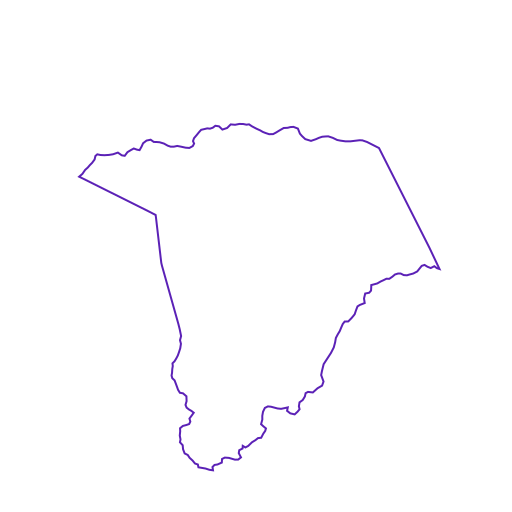 the district of Hidrolândia, Ceará, Brazil, rotated 60°
{"feature_id": "56859067B78038881550930", "entity_name": "Hidrolândia", "entity_type": "district", "adm_level": 2, "iso_a3": "BRA", "parent_name": "Brazil", "parent_adm1": "Ceará", "projection": "mercator", "projection_center": [-40.387, -4.435], "detail": "fine", "context": "isolated", "style": "outline", "palette": "violet", "viewbox_px": 512, "rotation_deg": 60, "n_neighbors": 0, "source": "geoboundaries", "source_scale": "gbopen_adm2", "svg_char_len": 3126}
<svg xmlns="http://www.w3.org/2000/svg" viewBox="0 0 512 512"><g transform="rotate(60 256 256)"><path d="M404.5,291.5L404.1,287.6L402.1,283.9L399.6,281.6L399.7,278.9L402.6,275.0L401.3,268.8L401.3,263.6L398.5,260.3L391.7,259.1L388.6,256.4L383.5,251.5L377.4,239.5L374.1,234.4L370.4,230.7L366.9,227.8L364.7,224.3L362.9,221.0L360.9,218.4L358.3,214.9L357.1,212.0L358.8,208.8L357.4,203.9L355.8,199.7L353.0,196.5L350.4,193.3L350.3,190.5L351.1,185.4L346.8,183.7L343.1,180.2L344.4,176.4L343.5,173.7L341.1,172.1L338.8,170.7L339.6,167.8L340.4,164.7L340.4,160.8L340.7,157.7L340.9,154.4L342.4,152.0L342.1,148.2L341.5,144.9L342.2,141.8L343.5,139.5L346.4,137.6L348.2,134.9L348.8,132.3L349.8,128.6L350.0,124.1L348.7,120.8L347.4,117.4L348.0,114.5L351.0,112.9L353.8,110.7L354.0,106.7L357.0,105.4L359.0,103.6L335.7,101.7L224.0,95.5L212.8,102.8L209.0,106.1L207.5,108.5L203.9,116.9L201.5,121.1L198.3,125.2L196.1,127.7L192.1,130.4L188.5,133.6L187.1,136.3L185.8,139.1L185.1,142.6L184.8,145.7L183.8,150.8L179.4,154.9L175.1,156.2L172.0,156.8L166.6,156.0L162.9,159.0L161.5,161.9L160.8,164.5L159.0,168.0L159.0,172.7L159.1,177.0L159.0,180.2L157.1,183.7L154.3,186.2L151.9,188.1L149.4,189.5L145.9,192.0L141.6,194.7L138.5,196.2L137.5,198.6L135.3,201.1L133.3,204.4L131.9,208.5L129.4,212.1L130.7,217.0L129.7,221.9L125.2,223.2L122.9,226.1L123.3,229.3L122.7,232.2L121.1,234.4L120.3,237.1L119.3,240.4L120.3,243.5L121.5,246.6L123.0,250.8L125.0,253.1L127.7,253.4L129.2,255.8L129.1,259.7L127.0,262.8L123.8,266.3L121.3,269.2L120.3,272.3L118.7,275.2L116.3,277.3L112.6,279.5L109.3,282.6L107.7,284.9L106.1,287.5L102.6,289.1L101.3,293.1L101.9,297.4L104.1,300.5L106.1,303.9L104.4,305.9L101.8,308.1L101.7,311.2L101.8,315.4L103.6,319.6L101.7,321.9L97.4,323.9L96.4,329.0L94.9,332.9L92.9,336.9L90.7,340.3L88.6,342.6L89.1,345.1L91.7,347.5L93.4,351.4L94.2,354.4L95.3,357.5L96.0,360.9L98.1,365.3L98.9,369.5L163.3,326.9L170.3,322.4L173.4,323.7L209.1,339.1L214.7,341.5L217.4,342.3L276.0,357.2L281.3,358.7L287.9,360.9L290.9,363.9L294.5,364.9L298.1,367.8L300.8,370.8L303.1,373.5L304.8,376.2L306.4,379.1L307.2,382.0L309.7,383.1L312.0,385.0L315.3,387.2L317.3,388.9L320.0,389.6L323.0,388.7L326.7,389.3L330.2,389.9L332.9,390.4L336.4,390.3L338.4,387.9L342.7,386.4L347.0,388.7L349.7,391.5L352.6,391.9L355.4,390.8L357.8,389.4L360.6,388.3L362.0,391.4L363.5,394.9L366.6,395.7L368.1,397.9L367.5,401.0L366.6,404.3L367.2,407.9L369.9,409.3L373.4,411.8L377.1,413.1L379.3,415.0L383.2,414.1L386.9,415.8L391.3,416.5L394.2,414.6L397.6,414.4L401.4,413.2L405.2,412.6L407.5,410.6L410.2,411.5L414.8,406.0L417.8,403.3L420.1,400.4L417.0,399.2L416.2,396.4L417.3,393.6L417.8,388.9L414.8,386.9L415.0,383.8L417.3,380.4L421.8,376.1L423.4,373.3L422.9,369.7L418.1,369.5L415.8,367.6L416.0,363.9L413.8,362.4L416.5,360.9L416.6,357.7L415.3,352.6L415.2,348.6L414.7,345.3L416.0,342.4L413.5,338.5L412.1,335.5L410.3,333.6L407.1,334.8L404.2,335.7L400.8,332.3L397.6,330.5L394.4,327.8L392.0,324.3L392.2,320.9L394.0,318.4L396.5,315.9L398.8,313.6L400.9,310.7L401.9,307.7L403.0,304.2L405.6,306.5L409.4,305.0L412.5,301.7L411.6,297.8L410.5,294.9L407.6,294.0L404.5,291.5Z" fill="none" stroke="#5b21b6" stroke-width="2"/></g></svg>